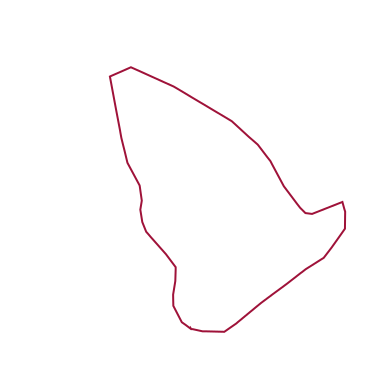 Leewehpea-Mahn, Nimba, Liberia, rotated 135°
{"feature_id": "62588387B51124182778876", "entity_name": "Leewehpea-Mahn", "entity_type": "district", "adm_level": 2, "iso_a3": "LBR", "parent_name": "Liberia", "parent_adm1": "Nimba", "projection": "natural_earth1", "projection_center": [-8.897, 7.043], "detail": "fine", "context": "isolated", "style": "outline", "palette": "rose", "viewbox_px": 384, "rotation_deg": 135, "n_neighbors": 0, "source": "geoboundaries", "source_scale": "gbopen_adm2", "svg_char_len": 1080}
<svg xmlns="http://www.w3.org/2000/svg" viewBox="0 0 384 384"><g transform="rotate(135 192 192)"><path d="M92.7,78.6L122.6,91.6L126.7,96.9L126.7,104.4L126.1,109.2L123.0,131.1L115.6,155.6L115.3,156.5L114.7,158.4L114.1,163.5L112.1,178.2L112.0,179.2L112.8,190.5L112.9,192.5L113.8,213.9L117.9,230.2L125.1,258.6L129.4,275.8L130.4,279.6L134.4,290.1L141.1,307.9L147.0,323.4L167.3,331.3L168.4,331.7L187.6,303.7L199.7,285.9L200.1,285.4L203.7,280.2L207.4,274.1L207.7,273.6L210.5,268.9L217.0,258.3L220.1,248.0L224.4,233.7L225.1,232.7L227.6,229.4L233.6,221.4L240.0,216.8L241.0,216.1L248.4,205.9L252.5,196.3L252.7,193.0L253.0,189.4L254.4,166.4L256.7,150.4L258.5,148.6L266.8,140.8L277.9,132.8L281.1,129.5L285.7,124.7L291.3,107.1L290.5,102.5L289.7,96.8L289.2,97.0L289.5,95.6L288.6,94.7L283.1,86.1L281.5,84.5L268.0,70.3L261.8,69.2L253.6,67.7L251.8,67.6L226.5,65.2L221.5,64.7L206.9,62.6L189.8,60.0L172.1,57.8L171.1,57.6L166.2,57.0L148.4,53.0L145.5,52.3L141.6,52.8L132.6,54.0L119.6,56.2L117.8,56.5L109.8,57.9L97.6,69.8L96.4,72.1L92.7,78.6Z" fill="none" stroke="#9f1239" stroke-width="2"/></g></svg>